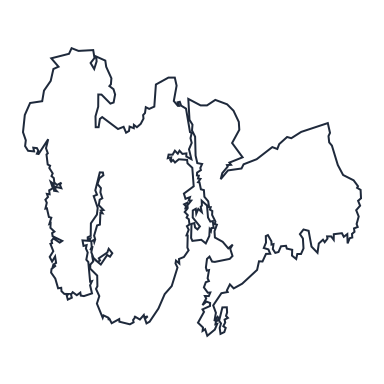 the district of Tysvær nor, Rogaland, Norway
{"feature_id": "86288312B7818860618631", "entity_name": "Tysvær nor", "entity_type": "district", "adm_level": 2, "iso_a3": "NOR", "parent_name": "Norway", "parent_adm1": "Rogaland", "projection": "albers", "projection_center": [5.664, 59.38], "detail": "fine", "context": "isolated", "style": "outline", "palette": "slate", "viewbox_px": 384, "rotation_deg": 0, "n_neighbors": 0, "source": "geoboundaries", "source_scale": "gbopen_adm2", "svg_char_len": 5947}
<svg xmlns="http://www.w3.org/2000/svg" viewBox="0 0 384 384"><path d="M28.1,150.8L34.1,151.4L33.3,147.7L36.9,148.1L38.3,150.7L36.9,153.7L38.6,154.0L48.2,139.2L46.0,148.2L47.8,153.3L46.5,154.5L47.7,164.5L50.1,165.7L49.3,168.0L52.7,173.4L51.5,176.1L53.8,178.1L54.3,182.5L57.0,185.0L61.4,182.7L59.9,184.8L61.3,188.2L55.7,186.9L55.3,189.6L56.8,191.2L54.1,190.8L53.7,184.0L50.7,181.8L52.9,188.3L49.2,190.3L49.6,194.3L46.9,193.9L48.0,197.0L45.4,199.7L46.8,202.8L45.4,208.6L46.9,208.3L48.9,217.0L51.3,217.7L49.4,223.8L50.6,223.2L50.4,227.8L54.4,231.6L52.1,233.1L52.6,236.2L62.2,240.9L59.7,242.6L53.4,238.4L51.5,240.7L52.1,243.2L50.4,243.8L53.3,251.2L49.7,256.9L52.1,261.6L55.1,256.5L56.1,262.9L53.4,264.5L52.7,267.0L55.9,265.5L51.5,269.0L51.1,272.6L55.3,278.6L58.1,288.3L61.2,287.8L61.5,291.2L64.3,293.9L68.8,294.0L66.7,295.4L67.8,299.6L71.8,297.7L71.0,294.6L72.7,292.2L76.8,295.2L80.3,292.6L80.8,295.6L83.9,296.1L92.0,293.4L90.1,285.3L92.0,281.1L90.1,281.6L88.3,262.0L86.3,259.7L87.7,252.5L85.9,248.5L86.6,245.1L83.5,245.9L82.5,240.4L89.6,240.9L90.4,238.5L87.8,239.6L87.7,237.3L90.7,235.9L90.9,223.3L96.9,214.6L97.7,207.9L93.7,196.1L97.0,194.7L95.3,190.3L99.8,172.4L102.9,172.5L103.4,175.3L99.5,178.2L97.5,184.0L100.9,188.1L100.4,192.4L102.3,198.3L99.7,199.7L98.8,205.2L103.5,210.0L100.8,210.5L102.5,213.3L100.4,212.9L99.9,224.6L97.1,225.4L94.1,235.7L95.2,239.4L94.3,242.1L93.8,240.0L91.3,241.4L91.7,247.0L90.3,250.3L92.6,246.1L91.3,252.2L93.4,257.8L97.8,262.0L100.0,260.4L98.8,258.3L107.3,252.5L108.7,248.8L112.3,253.2L110.0,256.7L107.2,255.0L100.8,264.5L92.5,257.7L93.2,261.4L90.3,264.6L90.2,268.6L97.2,275.6L97.4,286.2L96.0,288.9L99.3,296.1L96.9,303.6L102.7,317.8L103.5,315.4L108.2,317.6L109.3,318.8L107.7,319.5L109.5,319.1L111.7,323.2L119.2,319.1L119.4,321.7L129.9,324.3L133.6,322.3L133.1,320.0L135.3,317.1L134.2,316.2L139.9,319.5L143.8,315.0L144.3,317.2L147.7,316.4L144.9,318.8L146.5,323.4L149.6,321.7L158.4,308.6L164.7,294.1L171.7,286.1L177.5,267.5L175.5,263.4L176.0,260.6L179.3,263.5L179.0,259.0L183.9,257.0L188.6,250.3L187.4,247.7L187.7,235.5L186.5,235.4L188.7,229.7L186.9,226.2L189.5,224.5L188.8,219.2L186.6,217.6L187.8,215.2L184.7,212.0L187.6,208.4L187.7,206.3L186.6,208.4L185.4,208.4L186.1,206.5L184.1,204.3L187.2,202.8L187.4,205.4L191.2,200.6L188.8,200.5L189.9,197.2L185.5,198.8L183.9,193.6L193.7,186.3L192.3,167.8L187.5,163.3L187.1,159.9L178.8,159.3L175.0,162.5L173.0,160.0L171.2,161.6L170.2,159.9L171.0,159.3L171.2,157.4L167.8,158.2L168.6,154.6L172.6,154.7L174.9,150.7L177.8,153.7L179.5,150.7L182.4,153.9L186.4,153.4L186.3,156.5L191.4,159.2L189.0,149.3L191.7,142.9L190.5,138.2L191.7,132.9L190.0,132.1L186.0,108.6L181.1,105.6L179.8,101.8L177.7,102.3L179.0,105.9L177.9,105.9L173.8,101.0L176.6,85.7L174.8,77.6L168.4,77.6L155.9,84.5L154.3,106.6L149.2,108.9L145.8,107.2L145.0,113.0L143.1,115.1L143.5,118.6L140.7,123.9L136.9,127.2L133.9,124.9L133.8,128.2L129.6,126.6L129.0,131.0L126.1,132.7L123.6,126.8L118.0,129.0L102.2,117.1L99.9,118.9L98.6,127.2L95.7,127.2L95.5,116.3L98.2,106.7L98.3,94.5L101.5,94.6L110.4,103.6L113.6,102.5L115.1,94.5L113.5,89.2L109.4,86.1L110.9,84.3L111.4,78.3L106.2,66.8L105.3,60.6L96.2,56.5L96.6,61.4L94.2,69.0L90.6,63.0L94.5,58.0L93.2,50.1L78.5,50.9L71.6,48.2L69.0,53.8L51.3,58.3L58.5,66.7L53.4,69.0L50.7,80.9L44.0,90.6L42.2,101.2L30.1,103.0L24.8,115.0L23.0,132.2L25.8,140.3L25.1,146.1L28.1,150.8ZM188.3,98.9L189.5,119.8L192.5,124.7L192.0,130.4L195.1,136.7L195.6,155.7L197.3,163.1L202.1,164.0L200.3,168.0L200.9,170.1L197.1,172.6L196.9,175.4L198.8,175.7L198.0,178.5L200.4,178.9L198.1,182.2L199.5,182.5L200.9,189.3L203.9,190.1L204.4,196.8L208.2,201.3L209.1,207.2L210.7,207.2L209.9,209.6L212.3,211.0L212.1,214.9L215.4,221.5L214.8,224.0L216.9,224.7L214.5,231.2L214.9,237.5L222.7,241.8L228.3,248.4L232.7,244.6L230.2,248.8L232.5,256.0L229.7,258.9L214.8,261.9L212.1,261.6L209.5,256.6L207.0,258.9L205.9,267.5L206.8,270.6L209.0,270.1L207.6,278.3L208.9,281.1L205.8,282.2L203.9,287.4L207.8,292.7L210.3,292.5L208.8,296.1L204.9,296.0L206.2,298.5L202.5,305.1L206.5,301.6L210.1,303.0L210.0,306.0L202.5,309.4L204.0,311.9L198.0,322.7L203.0,327.5L202.6,330.9L205.1,329.2L207.3,335.8L214.8,329.6L217.2,323.9L215.4,324.3L215.9,322.0L219.0,318.8L217.6,316.8L214.4,321.1L215.9,312.8L213.2,305.4L221.4,293.2L227.7,292.0L226.9,290.4L229.9,284.4L233.7,288.4L242.2,283.7L257.1,269.9L259.0,261.3L262.5,261.5L266.0,253.9L270.2,253.8L268.4,249.4L263.8,248.0L266.0,242.6L265.8,236.1L267.9,235.1L271.4,241.3L271.5,244.6L273.5,244.1L272.8,249.0L275.3,252.9L278.5,252.0L281.0,246.3L286.0,245.8L286.8,248.6L292.2,249.8L292.0,255.6L296.2,259.0L297.3,254.0L301.0,254.0L303.5,248.4L302.9,238.5L299.9,234.1L303.5,229.5L308.6,230.8L311.5,246.6L317.5,252.8L318.8,243.5L323.0,239.7L324.7,242.2L327.5,238.6L327.1,236.4L331.1,236.4L333.7,239.8L333.8,234.2L341.9,233.2L343.8,236.8L347.3,234.1L347.6,243.4L349.7,238.2L352.3,237.5L352.0,233.9L354.5,231.8L354.0,228.4L357.7,227.0L356.6,224.0L358.7,216.5L356.2,210.2L360.1,205.7L358.1,200.8L361.0,198.3L360.6,189.9L357.1,187.8L358.0,186.2L353.6,180.3L343.1,175.0L337.8,165.0L331.9,145.6L329.2,142.4L328.5,136.1L330.0,132.9L327.8,123.1L301.2,131.9L291.3,138.2L287.1,137.0L279.2,144.1L277.3,149.0L272.3,147.1L256.7,159.2L243.6,164.3L241.5,168.5L228.0,170.4L220.7,179.2L222.3,173.1L227.7,166.6L227.0,165.1L231.0,164.8L229.4,162.6L242.6,157.3L232.1,143.0L239.3,129.8L238.8,121.9L233.5,110.7L227.1,104.3L215.3,99.9L207.0,105.4L200.6,105.4L188.3,98.9ZM207.0,205.5L201.7,200.7L201.9,205.6L200.7,206.8L201.8,212.1L198.3,208.9L196.3,213.6L195.8,208.8L192.8,210.5L192.7,217.5L199.9,226.4L197.5,229.4L195.1,227.5L194.3,223.1L191.5,223.9L191.1,238.0L192.4,240.9L201.3,239.8L205.8,243.4L209.3,236.0L209.7,229.3L210.9,231.2L211.4,228.1L213.6,227.9L212.8,221.1L210.3,221.6L208.0,217.5L207.0,205.5ZM226.8,307.3L222.4,307.4L219.1,320.8L221.0,323.4L219.7,327.9L220.5,333.9L224.3,332.1L225.7,327.9L223.3,326.2L225.2,322.5L224.6,319.6L227.9,317.9L226.0,315.9L227.1,312.4L226.8,307.3Z" fill="none" stroke="#1e293b" stroke-width="2"/></svg>